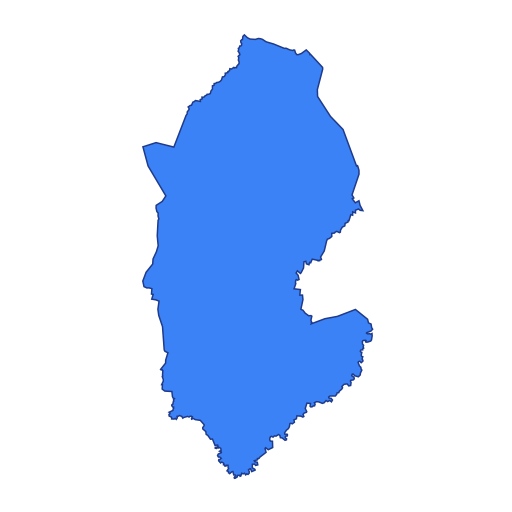 the district of Yang Sisurat, Maha Sarakham, Thailand, rotated 268°
{"feature_id": "78962969B22746873787701", "entity_name": "Yang Sisurat", "entity_type": "district", "adm_level": 2, "iso_a3": "THA", "parent_name": "Thailand", "parent_adm1": "Maha Sarakham", "projection": "mercator", "projection_center": [103.043, 15.652], "detail": "fine", "context": "isolated", "style": "filled", "palette": "blue", "viewbox_px": 512, "rotation_deg": 268, "n_neighbors": 0, "source": "geoboundaries", "source_scale": "gbopen_adm2", "svg_char_len": 6013}
<svg xmlns="http://www.w3.org/2000/svg" viewBox="0 0 512 512"><g transform="rotate(268 256 256)"><path d="M99.1,163.6L98.1,165.6L97.1,166.1L96.1,166.0L95.9,168.5L96.5,169.6L95.5,170.6L97.0,171.7L98.5,171.5L98.7,173.1L99.3,173.9L98.2,176.3L96.5,177.2L97.1,178.0L98.1,182.0L97.4,183.5L98.1,184.4L98.2,185.6L97.5,186.8L96.0,185.9L95.2,186.0L95.8,187.7L94.6,189.6L93.7,194.6L89.2,198.3L88.4,198.3L86.4,196.8L85.0,196.8L82.3,199.7L79.4,200.0L78.5,201.5L74.5,204.1L74.6,206.1L68.2,208.4L68.4,211.1L66.7,211.5L66.2,208.6L65.4,208.5L65.0,209.7L65.6,210.6L65.4,211.8L65.9,212.6L65.0,214.1L62.9,214.3L62.2,212.8L61.3,214.5L60.7,214.5L59.4,211.4L57.9,210.6L56.4,211.4L56.4,212.7L55.0,214.2L53.9,212.9L53.9,211.8L52.7,211.5L50.4,213.4L51.2,214.4L50.9,215.3L49.8,216.6L48.5,216.2L48.1,217.4L47.2,217.5L47.1,218.7L47.9,219.1L47.8,220.8L46.1,220.7L44.7,221.2L42.3,219.5L41.6,221.0L40.4,220.9L39.4,222.1L41.2,224.3L41.4,225.4L38.0,226.1L37.9,227.5L37.2,228.0L35.5,226.5L34.6,226.7L34.6,227.4L35.9,229.6L37.4,229.9L37.4,232.2L36.4,232.4L36.6,233.1L39.4,234.2L38.7,235.5L39.3,236.9L37.6,238.1L38.6,239.1L38.0,240.4L39.0,241.5L40.6,241.8L42.6,241.0L43.6,242.6L43.5,243.1L40.7,244.2L42.0,247.6L42.8,247.5L44.5,244.9L48.0,245.1L48.1,247.3L46.7,248.3L47.2,250.5L49.8,250.1L50.5,247.5L51.5,247.1L52.2,250.2L52.7,250.6L53.5,250.4L53.7,252.0L54.9,252.9L59.4,259.2L63.4,258.3L64.1,258.9L62.0,261.5L64.0,266.0L70.3,266.0L70.5,263.9L71.9,263.3L73.7,263.5L75.0,264.3L75.2,265.1L74.4,266.7L75.6,268.1L75.3,269.8L76.8,272.3L75.9,273.6L73.6,274.0L73.3,275.7L70.8,278.6L71.2,280.0L72.2,280.2L73.2,279.0L74.0,278.8L75.0,279.6L75.1,281.0L76.3,281.2L76.8,280.9L76.9,278.6L78.3,278.4L80.9,280.4L82.4,282.4L84.3,283.4L87.4,284.1L87.6,285.0L87.0,286.4L88.5,288.6L90.9,288.2L91.9,290.7L94.8,291.3L94.4,295.2L93.4,297.2L93.9,298.2L96.0,297.5L97.4,298.7L98.0,300.9L98.6,301.3L101.9,299.9L107.2,301.8L106.7,305.3L103.9,304.8L103.2,305.6L103.4,307.0L104.2,308.1L104.2,309.3L105.8,309.9L107.4,309.2L108.3,311.5L108.0,313.6L106.4,317.2L106.9,318.9L109.1,321.0L108.0,322.5L109.0,324.7L107.6,326.3L109.4,327.4L111.2,326.1L111.2,324.8L111.7,323.8L112.6,323.7L113.5,325.1L113.3,330.4L114.9,331.8L116.4,332.3L116.5,333.9L118.0,334.6L119.9,337.0L121.3,337.9L122.6,337.3L124.7,339.5L125.0,342.6L122.9,344.2L123.3,346.1L126.4,346.6L127.5,346.0L128.4,346.2L128.8,349.0L129.8,349.9L131.4,349.7L133.0,347.5L134.5,348.0L134.7,348.8L132.8,350.7L131.7,354.1L133.5,356.0L135.4,356.3L138.3,357.8L139.3,357.1L141.1,356.9L142.5,355.6L146.1,354.3L146.8,354.7L147.2,356.1L145.7,357.4L147.1,359.1L148.1,359.2L149.4,358.4L151.6,359.2L152.1,358.0L153.2,357.7L156.0,358.4L156.5,357.2L157.3,356.9L158.5,357.7L158.5,359.4L159.6,359.4L160.2,360.4L161.4,359.9L163.0,360.4L164.2,359.4L167.0,359.3L167.8,360.1L168.0,362.3L167.7,363.0L166.6,362.5L166.1,362.8L166.1,364.7L167.0,367.7L168.1,368.5L172.1,369.3L174.5,369.2L173.9,368.0L174.4,366.9L174.2,365.0L175.0,363.7L175.5,363.9L177.0,368.3L178.8,370.0L180.3,369.1L184.0,368.6L185.2,366.1L188.9,365.3L199.1,353.5L192.8,335.2L190.9,322.6L186.3,308.9L187.4,309.5L187.6,309.0L188.4,309.2L189.7,308.6L193.9,309.7L194.5,308.9L194.5,306.5L197.2,303.1L200.1,301.1L201.2,299.0L210.8,301.4L215.3,301.1L215.4,298.4L220.9,299.2L221.9,292.9L227.0,294.8L227.4,294.5L230.0,294.8L231.0,295.4L230.4,296.7L231.0,298.2L235.3,297.4L237.6,295.5L239.7,296.8L237.0,299.8L237.7,300.5L242.4,303.1L248.5,303.7L249.0,305.6L246.4,306.1L245.4,308.6L247.7,309.4L247.3,310.4L250.9,312.1L249.5,317.6L249.0,317.8L249.1,319.3L249.6,319.2L250.0,320.9L250.3,321.3L252.7,320.5L258.7,324.4L268.6,327.1L270.3,327.9L271.0,330.0L272.8,332.4L276.0,332.5L276.2,335.3L276.9,335.7L277.8,337.6L276.4,340.3L276.9,341.1L279.0,341.4L281.9,343.3L283.0,345.8L285.5,346.2L286.7,349.1L288.1,349.4L288.0,350.1L294.0,352.2L293.4,354.0L296.7,354.2L295.6,356.9L298.3,357.0L299.4,360.1L298.0,361.7L297.6,364.4L302.9,361.8L307.6,360.8L305.7,357.1L309.8,354.2L310.6,355.8L313.7,354.1L334.2,361.8L338.1,361.9L342.4,360.8L342.8,360.5L342.4,359.6L379.4,347.4L392.9,335.3L413.3,323.1L420.1,323.1L440.5,329.2L442.2,329.1L455.8,317.4L455.5,316.9L456.9,316.5L460.2,313.4L456.8,308.4L455.7,305.0L455.9,303.7L457.5,302.6L460.4,301.8L460.6,300.8L460.1,300.0L460.8,297.0L462.6,293.3L462.5,291.6L467.3,280.9L469.7,273.6L472.3,270.0L473.0,268.0L473.3,266.0L472.5,263.0L473.0,257.7L474.4,255.1L477.4,252.1L476.0,250.6L472.7,250.0L472.6,249.2L471.6,248.2L469.7,248.4L469.0,249.1L467.0,248.9L466.4,248.1L466.5,247.2L464.6,246.4L464.1,245.6L463.3,245.9L461.1,245.3L459.3,246.7L458.7,246.4L457.7,246.9L456.2,245.1L454.8,245.7L452.4,245.2L450.6,245.9L448.8,245.7L446.6,243.6L444.9,243.1L445.1,242.0L444.7,241.1L445.3,240.5L443.7,238.0L444.1,236.4L442.1,236.0L441.3,234.3L440.3,234.3L439.7,231.6L438.6,231.8L436.8,230.9L436.2,229.9L436.2,228.7L433.2,227.7L431.8,226.3L431.0,224.8L430.7,222.5L429.9,221.8L429.8,220.2L428.0,220.0L427.6,218.4L424.3,218.3L422.6,216.8L419.9,216.0L419.3,214.3L419.3,212.7L418.5,212.3L417.9,210.7L416.6,209.6L416.6,207.5L415.0,207.8L414.2,205.7L412.4,205.8L413.5,200.9L412.4,199.6L412.0,198.3L408.9,196.8L408.8,195.6L407.3,193.4L405.7,194.3L404.8,194.2L402.4,192.3L400.5,192.2L398.9,191.0L367.7,177.7L372.8,160.1L369.1,146.8L349.7,151.3L319.2,168.0L313.8,164.2L310.1,158.0L307.3,157.8L303.8,158.5L302.4,159.7L299.4,159.5L296.4,160.2L295.1,159.4L279.6,158.0L269.6,158.6L263.7,156.6L256.6,153.0L251.6,152.5L243.6,145.6L234.9,142.0L229.3,143.0L227.9,145.8L227.9,147.9L227.0,150.8L221.6,150.2L221.2,151.9L216.5,150.3L215.7,154.3L214.3,157.5L206.2,156.1L200.1,156.7L188.7,160.1L165.3,161.0L163.9,161.7L162.4,164.6L155.1,162.1L152.1,161.9L146.0,156.7L145.4,157.3L145.6,158.3L144.7,158.9L140.1,158.4L139.4,158.7L138.8,158.1L136.0,159.0L134.2,159.0L130.7,157.2L130.6,158.0L126.3,157.6L124.2,160.1L123.5,167.2L118.4,167.6L116.8,168.3L116.4,169.5L115.1,168.5L113.9,168.8L113.4,168.3L110.8,167.7L110.4,166.8L109.3,166.6L107.9,167.6L107.9,168.4L106.7,168.4L106.2,167.9L104.6,167.6L102.9,163.7L102.4,164.4L101.3,164.5L100.8,163.5L99.1,163.6Z" fill="#3b82f6" stroke="#1e3a8a" stroke-width="1.5"/></g></svg>